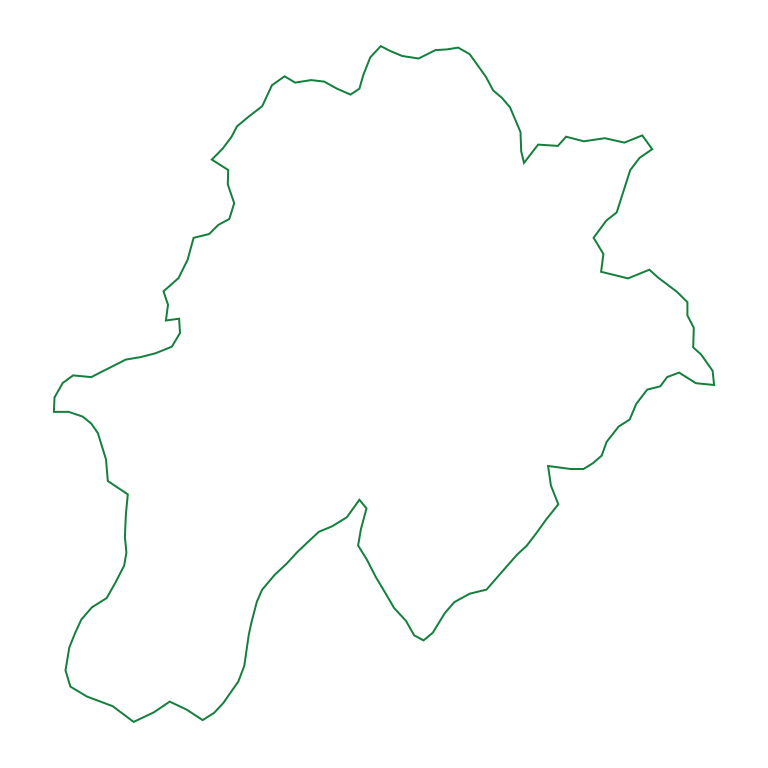 Cássia dos Coqueiros, São Paulo, Brazil
{"feature_id": "56859067B80164547414352", "entity_name": "Cássia dos Coqueiros", "entity_type": "district", "adm_level": 2, "iso_a3": "BRA", "parent_name": "Brazil", "parent_adm1": "São Paulo", "projection": "natural_earth1", "projection_center": [-47.145, -21.267], "detail": "fine", "context": "isolated", "style": "outline", "palette": "green", "viewbox_px": 768, "rotation_deg": 0, "n_neighbors": 0, "source": "geoboundaries", "source_scale": "gbopen_adm2", "svg_char_len": 2033}
<svg xmlns="http://www.w3.org/2000/svg" viewBox="0 0 768 768"><path d="M458.2,47.6L447.0,49.4L435.5,50.1L418.6,58.5L402.2,56.0L390.0,50.9L380.8,46.1L370.3,57.3L363.3,75.0L359.4,88.7L350.5,94.6L337.0,88.7L324.2,81.6L311.1,80.1L295.1,82.6L284.6,76.3L272.0,85.2L262.2,106.2L249.2,116.2L237.0,126.3L231.6,136.7L222.7,148.6L211.8,159.6L228.2,170.0L227.8,184.4L234.2,203.2L229.3,219.0L218.4,224.8L209.2,234.0L193.6,237.8L187.6,259.8L178.5,278.1L163.5,291.3L168.0,304.8L165.9,320.5L179.1,318.7L180.0,333.0L171.8,346.7L155.4,353.3L140.6,357.1L125.7,359.6L102.6,371.3L91.3,377.1L73.1,375.4L62.7,383.0L54.5,397.5L53.9,411.9L68.7,411.9L82.5,416.5L91.3,423.6L97.9,433.2L106.0,459.4L107.8,481.0L117.2,487.3L127.8,494.4L125.9,514.0L124.9,536.8L126.4,552.6L124.2,565.5L115.2,583.0L106.7,598.0L91.8,607.4L81.3,619.6L75.3,632.6L69.3,647.5L65.5,670.4L70.4,686.6L86.8,696.5L112.7,706.2L133.6,721.9L153.9,712.3L169.7,701.6L186.8,709.7L202.6,720.1L214.2,712.8L223.4,702.9L230.6,692.5L238.3,681.6L244.3,665.8L246.8,648.3L248.8,634.6L251.3,622.9L256.9,601.6L262.2,589.6L274.8,574.7L286.6,563.7L297.5,551.8L318.8,531.8L331.9,526.4L346.8,517.3L359.4,499.8L366.5,508.4L360.9,529.2L358.1,545.5L366.9,559.7L375.9,577.2L385.3,592.9L394.0,607.9L406.0,620.9L414.1,635.3L423.5,640.4L432.7,632.8L444.9,613.0L454.3,602.1L469.7,593.7L486.5,589.6L506.8,566.3L517.3,554.4L526.5,546.0L537.0,532.3L545.7,520.1L558.3,504.3L550.9,485.5L548.1,466.0L570.5,469.0L583.5,469.0L592.9,463.2L601.7,455.6L606.6,441.9L618.6,426.6L629.7,419.5L636.3,403.8L647.2,389.6L660.3,386.3L667.1,377.1L679.1,372.6L695.9,383.2L714.1,385.0L712.6,370.8L701.1,354.5L693.2,347.4L693.8,327.9L687.4,315.4L687.4,302.2L676.9,291.8L658.1,277.6L649.4,269.7L628.0,278.4L601.1,271.8L603.4,254.0L593.6,237.8L606.2,220.7L616.7,212.4L630.2,170.2L639.6,157.8L652.2,149.2L642.3,135.4L624.4,142.6L604.9,138.2L583.8,141.3L566.1,136.7L557.9,145.9L538.1,144.6L524.0,162.9L521.2,151.2L520.5,132.1L510.1,107.5L502.0,97.9L493.2,90.5L485.9,76.8L469.7,54.2L458.2,47.6Z" fill="none" stroke="#15803d" stroke-width="2"/></svg>